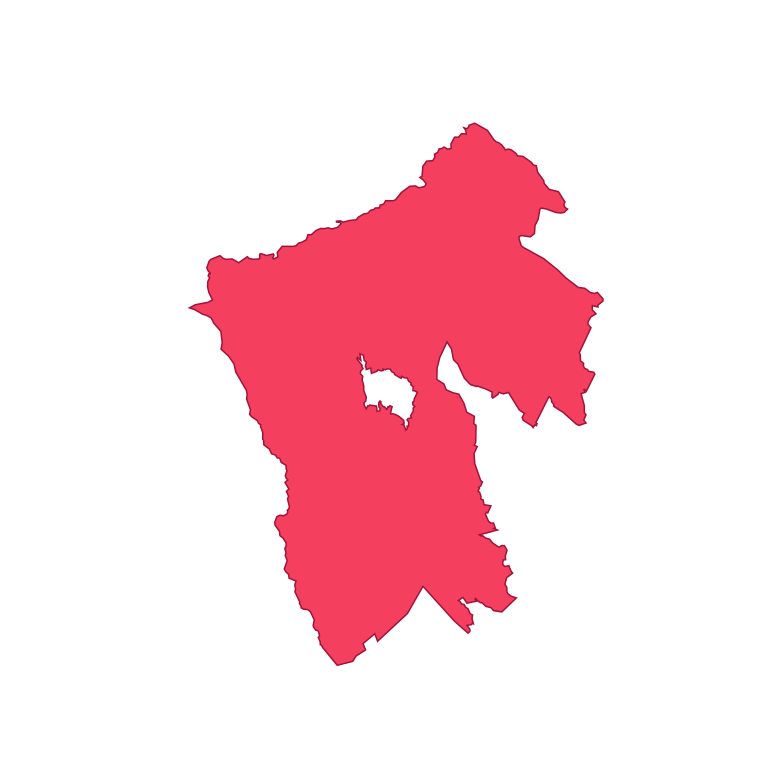 Simalungun, Sumatera Utara, Indonesia, rotated 115°
{"feature_id": "22746128B18371020983209", "entity_name": "Simalungun", "entity_type": "district", "adm_level": 2, "iso_a3": "IDN", "parent_name": "Indonesia", "parent_adm1": "Sumatera Utara", "projection": "robinson", "projection_center": [99.096, 2.951], "detail": "fine", "context": "isolated", "style": "filled", "palette": "rose", "viewbox_px": 768, "rotation_deg": 115, "n_neighbors": 0, "source": "geoboundaries", "source_scale": "gbopen_adm2", "svg_char_len": 6172}
<svg xmlns="http://www.w3.org/2000/svg" viewBox="0 0 768 768"><g transform="rotate(115 384 384)"><path d="M648.7,328.3L658.7,307.5L648.5,295.1L642.2,294.3L632.8,288.3L628.1,293.3L614.2,286.8L619.9,281.1L582.2,265.8L550.9,263.2L569.2,219.8L574.3,202.6L572.1,201.6L570.1,202.4L567.7,206.8L565.2,203.2L563.8,202.8L563.6,201.5L559.4,205.1L555.9,206.1L555.8,208.8L552.3,212.8L551.7,215.7L549.9,218.4L550.6,220.7L549.0,223.1L548.8,225.1L544.0,222.2L547.6,216.2L541.8,208.5L540.4,210.6L539.6,210.4L540.9,207.6L541.4,204.3L540.9,202.3L542.5,197.7L541.5,192.5L543.1,188.9L540.8,180.9L521.9,173.6L522.6,179.2L521.6,183.3L520.1,184.9L516.3,186.8L514.4,189.8L507.7,191.0L501.0,187.5L500.1,189.5L495.9,194.1L498.4,197.6L497.2,200.3L493.2,201.6L491.8,199.5L488.9,201.3L482.9,202.2L482.0,203.0L479.6,206.7L480.9,209.3L483.4,210.6L482.2,218.3L480.0,222.8L480.7,226.9L479.8,230.7L480.7,231.7L480.4,233.9L468.4,219.5L468.4,223.3L467.6,222.2L463.7,225.9L464.8,228.2L464.3,231.2L459.2,237.0L457.0,237.0L457.0,235.5L449.2,235.6L451.1,242.4L447.2,245.2L447.2,247.7L445.0,248.5L441.7,251.6L441.4,253.5L438.2,253.5L437.7,254.5L435.7,253.3L431.1,253.4L430.8,255.4L417.8,268.1L408.8,273.1L401.3,273.0L401.3,276.3L397.9,276.3L383.5,282.7L382.5,283.2L382.0,285.9L375.1,288.4L374.6,297.1L367.7,303.4L361.6,311.9L362.8,317.9L363.0,325.0L358.6,329.9L357.6,338.0L347.2,342.6L336.1,344.7L319.3,344.6L323.7,337.7L332.7,331.2L334.6,325.6L344.7,313.7L347.5,306.9L348.0,304.8L347.1,298.9L346.4,298.4L345.5,289.4L345.6,282.6L350.1,280.8L350.8,279.5L345.3,276.3L343.0,276.3L342.5,271.7L339.1,267.6L350.4,250.3L351.3,244.3L355.9,244.7L358.0,242.5L359.4,232.4L360.5,230.4L357.3,230.0L357.3,228.3L355.2,228.5L354.9,230.0L325.8,229.2L326.5,226.4L329.3,224.5L330.8,221.5L332.6,220.5L334.0,209.6L339.1,192.8L339.1,189.7L334.0,184.4L332.3,187.7L326.6,187.9L325.2,190.4L319.0,193.3L309.4,201.3L306.6,198.1L304.6,200.4L304.1,199.7L305.0,197.5L286.0,197.1L284.7,198.9L286.0,204.0L284.9,205.7L285.1,208.8L283.3,211.0L280.9,211.8L279.9,215.8L274.6,218.4L273.1,220.2L245.5,220.2L243.8,224.2L241.8,225.3L235.8,224.9L230.8,221.5L228.8,226.5L224.9,228.3L223.8,222.6L222.1,223.5L216.4,220.6L214.3,221.5L210.8,229.3L213.0,231.6L213.9,235.6L212.4,242.6L214.4,248.7L210.9,264.4L207.4,274.1L202.9,292.2L201.3,315.8L200.5,318.2L195.3,323.0L193.3,323.8L191.5,322.5L188.8,313.6L184.1,311.2L176.5,314.1L169.6,313.9L159.6,316.6L158.2,315.9L156.8,311.0L155.9,300.6L154.2,295.7L152.2,293.2L147.9,291.5L147.5,294.5L145.4,296.9L142.6,296.9L136.0,307.2L137.8,316.6L134.5,323.6L132.1,325.3L127.0,334.4L121.8,338.2L122.4,341.2L120.8,344.1L119.0,354.2L120.8,359.4L119.3,361.7L118.0,367.5L118.5,370.5L120.4,373.0L117.7,378.0L116.9,381.5L117.1,384.7L116.1,387.8L110.4,397.5L109.3,411.9L113.4,416.2L116.2,415.9L117.7,417.3L118.0,419.8L119.8,416.9L122.7,415.1L124.3,419.5L129.0,420.9L130.1,423.9L131.0,424.4L138.1,424.8L142.2,422.6L144.2,425.6L143.9,429.8L145.8,430.8L147.6,433.4L151.4,433.2L154.5,435.4L156.7,433.8L161.0,434.2L164.0,439.6L170.2,440.8L179.5,437.4L181.7,438.7L182.6,434.4L184.7,430.4L187.8,430.6L191.5,435.4L191.2,439.2L193.9,444.2L203.1,449.2L212.1,451.4L214.0,453.1L217.2,460.0L221.0,460.3L223.5,463.1L226.3,462.5L228.1,466.3L230.2,467.0L232.2,469.6L236.0,470.8L238.6,474.4L243.6,477.8L247.0,478.6L249.9,483.7L254.5,489.3L254.6,492.5L256.6,495.9L257.3,495.5L256.1,492.2L256.8,490.6L261.7,492.3L265.6,496.9L266.0,500.6L268.2,503.4L269.8,507.1L273.5,510.4L279.6,513.1L280.7,516.0L286.1,515.4L290.1,518.2L292.3,520.9L295.9,522.2L297.7,524.5L302.2,534.4L309.7,536.4L313.8,533.9L317.4,537.0L316.5,538.1L313.7,538.2L312.9,539.3L317.2,544.8L317.8,550.6L318.9,551.5L323.1,549.6L326.1,554.8L327.2,559.2L326.4,561.7L335.5,566.9L334.8,574.3L337.7,579.7L338.2,582.6L337.0,586.9L344.4,593.7L346.8,594.4L353.5,593.7L355.5,591.7L357.1,588.3L357.8,588.1L357.9,589.2L360.3,589.1L361.4,587.0L366.0,586.9L370.6,584.9L375.1,581.4L380.3,575.0L384.1,577.8L391.9,588.5L397.2,592.5L396.6,587.1L397.4,577.8L396.8,573.4L397.2,568.5L400.9,563.8L405.2,554.1L415.1,548.0L421.3,546.4L424.3,536.9L429.2,528.4L435.8,523.4L448.0,505.9L451.5,503.5L455.7,502.2L463.7,494.2L468.4,492.9L469.6,490.1L470.7,483.4L472.7,481.0L473.1,478.4L474.8,477.8L479.2,473.4L485.2,470.7L486.0,469.2L489.9,467.2L491.4,460.4L494.8,456.4L494.3,452.4L496.1,449.5L495.3,447.2L498.5,444.0L499.1,438.3L501.7,437.2L503.6,435.3L508.8,434.7L510.8,432.7L511.6,430.6L515.0,432.2L519.4,425.8L522.5,427.1L526.1,423.0L528.9,422.9L535.2,417.9L537.7,417.5L539.2,418.3L540.8,417.1L543.2,417.1L545.9,419.6L546.9,422.8L549.4,425.0L555.3,424.6L558.0,423.1L561.7,416.5L565.4,414.2L566.4,410.1L569.6,405.5L572.3,404.2L575.0,404.4L578.2,401.5L581.3,401.0L584.8,397.1L593.8,396.2L595.6,393.8L596.9,389.9L600.2,387.9L599.7,380.5L604.0,379.9L606.9,377.6L610.0,376.9L617.0,368.4L618.7,367.8L620.2,365.4L621.9,364.5L622.1,361.8L620.7,357.7L621.6,354.2L627.4,347.4L632.7,346.2L634.1,345.1L636.0,341.6L635.5,339.8L636.5,338.4L639.6,335.9L641.5,336.5L644.7,332.8L647.2,331.6L647.1,330.3L648.7,328.3ZM411.9,344.0L412.5,345.3L414.5,344.1L416.6,344.7L412.4,348.9L412.9,350.2L411.1,349.2L408.7,350.7L407.0,356.8L406.8,361.6L408.2,365.6L401.1,367.1L401.2,369.5L402.8,369.9L402.8,370.7L405.8,370.9L404.5,374.0L404.8,375.6L403.0,378.8L401.5,379.2L401.1,380.4L402.6,380.9L404.6,380.3L407.1,378.7L407.8,377.1L410.1,376.6L411.7,378.5L407.2,381.6L408.3,385.3L409.2,388.2L410.5,388.5L410.6,389.5L414.0,389.7L411.1,393.5L409.0,394.1L407.5,393.3L403.5,394.4L398.4,399.6L394.4,401.5L389.5,405.5L385.8,406.6L384.9,409.4L383.8,410.2L382.3,410.6L378.9,409.5L377.4,411.7L376.4,411.7L372.7,419.2L371.1,419.3L372.5,414.9L366.9,418.6L366.7,414.8L371.0,411.9L371.6,409.3L376.0,408.3L377.1,406.7L378.4,406.2L375.2,402.8L379.7,399.9L375.4,395.7L373.8,395.7L373.3,392.1L372.1,390.5L371.0,391.2L370.6,389.0L368.8,387.2L367.9,384.7L369.4,382.3L369.6,383.0L369.6,379.6L370.9,378.4L371.5,373.5L371.6,370.9L369.5,371.2L369.9,368.8L368.8,365.5L371.1,362.8L371.6,360.0L373.4,359.3L374.2,356.4L377.8,355.0L377.2,353.3L377.5,350.2L384.8,350.3L386.9,349.5L388.5,350.4L390.6,349.1L391.4,346.6L393.4,347.4L396.3,346.0L401.5,346.5L403.1,344.8L405.2,347.6L406.9,347.9L407.9,345.7L411.9,344.0Z" fill="#f43f5e" stroke="#9f1239" stroke-width="1.5"/></g></svg>